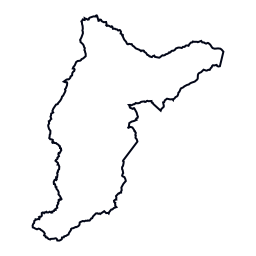 the district of Almas, Tocantins, Brazil
{"feature_id": "56859067B55492829903460", "entity_name": "Almas", "entity_type": "district", "adm_level": 2, "iso_a3": "BRA", "parent_name": "Brazil", "parent_adm1": "Tocantins", "projection": "albers", "projection_center": [-47.229, -11.473], "detail": "fine", "context": "isolated", "style": "outline", "palette": "ink", "viewbox_px": 256, "rotation_deg": 0, "n_neighbors": 0, "source": "geoboundaries", "source_scale": "gbopen_adm2", "svg_char_len": 5657}
<svg xmlns="http://www.w3.org/2000/svg" viewBox="0 0 256 256"><path d="M221.7,49.7L220.4,48.7L218.1,48.4L214.6,48.7L212.7,48.1L212.0,47.4L210.2,44.6L208.4,43.1L207.8,42.9L206.1,43.6L204.4,42.9L203.9,42.4L202.3,42.4L201.2,40.9L197.8,42.2L197.1,41.8L193.9,41.8L192.9,41.5L192.4,42.3L190.9,42.6L189.3,44.3L188.5,45.8L187.1,45.4L185.6,45.7L184.6,46.9L182.9,46.9L181.8,48.0L180.0,47.6L178.2,47.6L176.0,48.4L174.6,50.1L173.1,50.8L172.2,50.7L171.5,51.0L170.6,52.1L170.0,52.5L169.2,52.3L168.9,53.0L167.2,53.9L165.5,54.4L165.2,54.9L164.3,55.3L163.3,55.5L162.4,55.3L159.8,57.4L159.2,57.7L155.0,56.9L154.3,55.6L152.9,56.1L151.9,57.1L151.0,56.9L150.2,56.4L149.5,56.4L148.4,55.2L147.4,55.0L146.0,52.9L144.2,51.7L143.9,50.8L143.1,50.5L142.5,50.7L141.8,50.5L141.0,51.1L139.6,49.9L135.8,48.4L133.7,46.3L132.6,45.7L131.7,44.1L130.8,44.2L129.0,43.8L128.0,44.3L127.0,43.8L126.1,41.8L124.2,39.6L122.9,36.7L122.8,35.2L122.2,35.4L121.5,33.9L120.6,33.5L121.0,31.8L120.2,30.3L119.6,30.0L118.2,30.5L117.0,29.4L115.5,29.2L114.9,28.7L112.9,28.8L112.4,26.9L111.8,26.3L111.0,26.9L108.5,25.6L106.8,25.9L106.2,25.2L106.7,24.7L106.1,22.0L103.7,22.2L101.6,21.1L101.0,19.8L100.4,19.6L99.7,19.6L99.2,20.6L98.5,20.8L97.2,16.1L96.7,15.4L95.9,15.7L95.8,16.5L93.5,16.4L89.9,17.6L89.3,18.0L88.8,18.7L88.8,19.4L87.8,19.7L86.5,18.9L85.5,18.8L84.6,18.2L84.6,20.0L83.6,19.9L82.7,19.5L82.0,21.0L81.4,21.4L82.0,22.9L82.0,23.9L82.6,25.9L82.8,28.8L82.4,30.6L82.8,31.5L82.9,33.4L81.4,37.5L80.1,40.0L80.5,40.8L80.5,42.0L82.8,44.1L83.6,45.3L84.1,47.1L84.8,48.1L84.4,50.1L85.0,51.1L85.1,52.1L85.7,53.8L85.7,56.2L83.2,58.4L81.5,59.2L81.0,60.1L80.1,60.7L77.7,61.0L76.2,62.0L74.7,65.5L73.5,66.8L72.8,68.5L74.2,68.7L74.6,69.4L74.2,71.0L73.2,71.7L72.3,73.1L72.1,75.4L70.5,76.5L70.4,77.6L69.2,79.0L68.6,79.4L67.8,79.3L66.5,79.6L63.8,81.6L65.4,82.3L66.2,82.1L66.9,82.3L67.2,83.0L67.0,85.3L65.8,88.4L65.3,88.8L65.0,89.6L65.5,90.6L65.2,91.6L63.1,95.7L62.0,96.6L61.6,98.3L60.3,100.6L57.9,103.4L57.7,104.1L56.0,104.6L53.3,108.7L52.4,111.0L53.2,112.5L51.2,113.6L51.0,115.6L50.5,116.5L51.3,118.9L50.6,119.3L49.9,120.8L48.8,121.2L49.1,123.5L48.3,124.9L48.2,125.9L49.0,128.9L50.4,130.8L50.3,133.9L49.8,134.5L49.5,137.4L49.2,138.0L50.2,139.2L52.0,139.5L52.8,139.9L52.8,140.7L52.2,142.1L52.6,142.9L53.4,142.8L53.8,142.3L54.5,143.0L56.2,143.1L56.6,143.7L58.5,144.8L59.0,145.8L59.9,146.2L60.0,148.1L61.0,148.4L61.0,149.5L61.3,150.1L59.6,153.2L58.7,153.0L58.3,154.2L59.0,156.2L57.4,157.6L57.6,158.2L57.3,159.0L56.0,159.9L55.5,160.8L57.9,162.9L58.0,163.7L57.7,164.5L58.4,164.5L59.3,166.6L59.1,169.3L58.5,169.7L57.7,171.4L58.0,171.9L57.1,173.1L57.5,174.6L57.1,177.4L56.1,177.3L56.1,178.5L56.7,179.4L56.2,180.1L55.2,179.6L54.5,180.1L53.7,181.9L53.9,183.9L54.6,183.8L55.1,184.5L55.6,187.0L56.4,187.1L56.4,188.7L57.9,190.5L58.5,191.8L58.7,192.7L58.5,194.4L59.9,196.0L61.5,199.1L60.8,199.7L60.2,199.8L59.5,199.4L58.6,200.0L58.8,201.5L57.9,202.7L58.3,203.5L56.9,205.9L57.3,207.7L55.3,209.1L55.6,209.9L54.2,210.2L54.0,211.0L52.1,211.6L52.2,212.5L51.2,212.7L49.8,211.7L48.2,212.5L47.2,212.4L46.4,211.8L45.9,212.4L45.1,212.2L44.1,213.2L43.3,212.5L42.5,212.5L41.8,213.0L41.8,215.8L41.3,216.4L40.5,216.8L39.5,216.7L39.0,217.0L39.6,218.1L39.3,219.2L38.3,219.0L36.4,219.5L35.6,219.3L35.5,220.0L34.3,220.9L34.1,223.0L33.4,223.6L32.6,225.5L32.8,227.4L33.6,227.6L35.3,228.6L37.0,229.3L38.6,228.6L40.1,229.1L40.7,229.8L42.2,230.7L43.9,232.1L44.8,233.7L44.1,235.4L45.7,236.3L45.8,237.3L46.5,237.6L47.2,237.5L48.4,238.9L50.2,239.5L50.8,238.9L54.0,238.7L55.4,238.3L56.1,238.4L56.8,239.0L57.3,240.5L59.2,240.6L60.7,240.0L61.8,239.1L62.0,237.5L63.8,237.3L64.1,236.4L66.2,235.8L67.5,234.9L68.5,234.5L69.0,232.9L70.9,230.1L71.0,229.1L71.9,228.4L73.2,228.2L75.7,227.0L76.4,227.1L78.4,226.1L79.5,224.7L79.7,222.5L80.4,222.0L82.8,221.0L84.3,221.3L85.6,220.7L87.2,220.8L87.9,220.4L88.9,220.7L89.7,220.5L91.3,218.4L92.2,218.2L93.0,216.4L96.0,213.4L97.5,213.3L98.2,213.8L99.7,213.5L100.2,214.0L104.2,211.2L106.2,213.1L108.1,212.9L108.7,213.5L109.3,211.9L111.3,209.5L112.4,209.4L113.9,208.0L116.4,207.1L115.2,205.7L115.3,204.4L115.0,203.6L115.3,202.8L114.2,202.0L114.0,200.7L115.6,199.5L116.3,199.5L116.2,198.6L116.4,197.9L116.0,196.1L118.5,193.4L119.1,193.5L119.7,192.8L121.1,192.6L121.1,191.4L121.7,190.2L121.4,187.5L123.4,183.8L125.8,181.0L125.3,179.0L124.4,177.1L122.6,176.3L122.1,175.7L122.6,174.0L123.2,173.1L122.6,170.0L122.1,169.2L122.1,167.2L123.0,165.8L123.5,163.6L123.7,161.7L123.0,161.0L123.3,160.3L137.4,141.6L137.1,140.3L136.5,138.9L135.8,138.3L135.5,137.7L135.8,135.5L135.3,135.0L135.8,132.9L135.3,132.3L135.1,131.3L134.4,131.1L134.0,129.8L132.4,127.5L130.5,126.9L127.6,128.1L128.8,127.0L129.3,123.1L131.6,121.6L134.0,121.0L136.5,119.9L135.9,119.2L136.5,118.3L137.6,117.8L137.9,116.5L137.4,115.5L136.6,112.5L134.2,108.2L133.5,108.2L132.8,108.9L130.2,107.8L129.6,106.7L129.5,105.6L129.0,105.0L130.2,104.9L130.8,105.4L131.4,105.3L133.7,104.2L134.5,104.2L135.7,103.0L136.8,103.3L138.7,103.2L140.1,102.7L140.6,102.1L141.8,101.7L144.3,101.4L145.0,102.0L146.0,101.7L146.5,101.1L147.3,100.8L148.4,101.2L151.5,101.0L151.8,102.6L152.7,102.8L153.3,104.0L160.7,110.7L161.3,109.1L163.7,106.8L163.8,105.8L163.1,102.4L164.2,102.1L164.8,100.4L167.0,98.7L170.2,99.4L172.4,99.2L173.1,100.0L173.3,99.1L174.4,98.6L175.5,97.1L176.8,96.5L177.6,95.7L178.2,94.1L178.4,92.7L179.4,91.7L180.8,88.5L183.5,87.2L184.1,86.5L187.1,84.9L188.8,84.5L189.6,83.7L191.2,82.8L194.7,81.6L197.1,79.6L197.7,78.7L197.9,75.0L198.3,73.9L198.9,73.2L201.2,72.1L203.6,69.7L206.2,70.6L207.3,70.4L208.3,69.8L209.7,69.9L210.8,68.0L211.6,67.4L212.1,66.0L213.0,65.2L214.0,65.5L216.6,64.9L217.3,66.1L218.5,66.5L219.9,66.2L223.4,51.7L221.7,49.7Z" fill="none" stroke="#020617" stroke-width="2"/></svg>